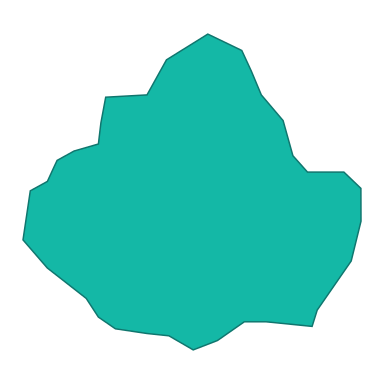 the district of Suwon-si, Gyeonggi, South Korea
{"feature_id": "91817680B43312282385471", "entity_name": "Suwon-si", "entity_type": "district", "adm_level": 2, "iso_a3": "KOR", "parent_name": "South Korea", "parent_adm1": "Gyeonggi", "projection": "robinson", "projection_center": [127.011, 37.279], "detail": "fine", "context": "isolated", "style": "filled", "palette": "teal", "viewbox_px": 384, "rotation_deg": 0, "n_neighbors": 0, "source": "geoboundaries", "source_scale": "gbopen_adm2", "svg_char_len": 534}
<svg xmlns="http://www.w3.org/2000/svg" viewBox="0 0 384 384"><path d="M207.8,34.1L166.5,59.8L147.0,94.9L105.7,97.2L100.9,122.9L98.4,144.0L74.1,151.0L57.1,160.4L54.1,166.8L47.4,181.4L30.3,190.8L23.0,239.9L47.3,268.0L86.2,298.4L98.4,317.1L115.4,328.8L147.0,333.5L168.9,335.8L193.2,349.9L217.5,340.5L244.3,321.8L266.2,321.8L312.1,326.4L317.2,310.1L351.2,261.0L361.0,221.2L360.9,188.4L343.9,172.1L307.5,172.1L292.9,155.7L283.1,120.6L261.3,94.9L251.5,71.5L241.8,50.5L207.8,34.1Z" fill="#14b8a6" stroke="#0f766e" stroke-width="1.5"/></svg>